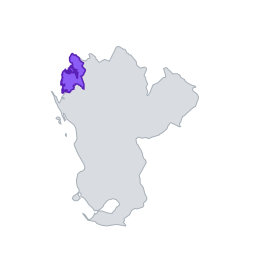 Delta Amacuro highlighted on a map of Venezuela, rotated 248°
{"feature_id": "VEN-65", "entity_name": "Delta Amacuro", "entity_type": "State", "adm_level": 1, "iso_a3": "VEN", "parent_name": "Venezuela", "parent_adm1": "", "projection": "orthographic", "projection_center": [-61.33, 8.902], "detail": "fine", "context": "in_parent", "style": "filled", "palette": "violet", "viewbox_px": 256, "rotation_deg": 248, "n_neighbors": 0, "source": "natural_earth", "source_scale": "10m", "svg_char_len": 8852}
<svg xmlns="http://www.w3.org/2000/svg" viewBox="0 0 256 256"><g transform="rotate(248 128 128)"><path d="M215.2,100.3L217.7,103.6L217.5,104.4L216.0,105.2L215.1,107.0L213.1,107.9L210.4,110.1L208.6,110.3L205.9,114.1L207.4,117.0L207.0,118.5L207.7,119.2L210.9,119.3L211.2,120.1L210.8,121.3L210.2,122.1L205.9,124.5L203.8,124.2L202.9,124.9L200.1,125.5L199.4,126.9L200.1,128.8L200.4,132.0L196.9,135.7L205.6,145.6L206.5,146.1L207.5,148.4L207.1,149.8L205.6,151.4L203.4,152.6L202.1,154.6L200.7,155.0L198.3,154.9L197.2,156.0L195.7,156.4L194.6,158.0L186.6,160.5L183.1,159.7L179.0,161.6L178.3,166.2L177.0,167.3L175.5,167.3L170.6,162.5L168.0,163.2L166.3,162.6L161.3,162.7L159.0,160.0L153.9,159.8L151.9,157.9L151.0,157.9L150.6,158.5L152.6,161.5L158.6,167.3L158.7,172.4L161.5,179.6L161.0,181.9L162.6,182.6L169.8,183.2L169.8,185.7L168.8,186.9L167.4,187.1L163.7,189.0L161.5,189.6L160.0,193.8L158.8,194.9L157.5,195.9L155.0,195.9L151.7,198.6L150.5,198.5L147.7,199.8L143.2,203.7L141.6,206.0L140.5,206.1L141.0,204.0L140.4,202.9L139.3,202.3L138.4,202.1L137.1,202.7L133.7,204.7L130.5,205.1L128.8,204.1L122.7,198.6L122.6,196.8L121.3,192.5L118.2,184.4L118.3,182.9L113.5,178.8L112.8,177.4L110.9,176.8L109.6,177.3L109.9,176.0L116.4,170.3L117.0,169.1L114.5,165.3L113.1,164.3L112.3,163.0L110.8,158.4L110.4,155.0L109.8,154.2L110.6,145.8L110.3,143.9L110.8,142.5L112.1,141.6L112.8,140.1L113.0,138.1L113.8,136.4L115.1,135.1L115.6,133.8L115.1,131.7L113.9,130.9L110.0,130.2L109.0,130.8L101.8,131.8L98.3,131.7L95.6,131.1L93.6,131.3L91.2,132.4L90.0,131.7L89.1,132.0L79.9,120.6L76.5,120.2L71.9,118.5L68.2,119.7L66.7,119.8L60.2,119.0L56.6,119.4L55.1,118.8L54.1,117.9L52.5,114.2L50.1,113.5L49.1,112.0L49.6,106.0L50.8,104.4L50.5,101.7L50.2,100.4L47.0,97.0L45.5,90.4L43.3,90.0L42.7,88.6L42.1,88.3L40.3,89.1L38.4,89.4L38.1,89.0L43.0,81.1L45.1,71.7L47.7,67.1L51.0,63.5L53.6,62.4L57.6,56.2L66.0,53.8L63.8,55.6L58.8,56.7L57.6,57.5L57.6,59.6L59.0,62.7L61.4,65.1L60.3,65.3L60.7,67.5L61.9,69.0L61.9,70.0L60.9,72.8L56.9,77.2L54.7,81.1L56.2,83.5L56.4,84.7L59.1,87.8L58.8,88.9L60.0,91.4L62.0,91.7L65.9,90.3L68.0,87.8L68.6,83.0L68.3,81.3L66.0,77.0L64.4,75.4L63.1,71.7L62.6,68.3L63.7,67.6L63.7,65.9L66.4,65.4L72.3,62.8L75.9,62.2L80.0,60.7L81.9,58.8L82.5,58.7L84.6,59.9L85.7,59.5L86.1,58.6L85.6,56.8L80.7,57.4L79.5,53.8L80.7,51.0L83.4,49.9L85.2,51.7L86.3,56.8L88.0,59.5L93.2,59.1L98.5,60.4L104.1,64.1L105.6,68.0L104.9,68.9L105.3,70.5L106.0,72.2L107.3,73.2L110.8,73.6L122.5,71.9L132.3,71.7L134.2,72.6L134.4,73.9L137.5,76.9L147.1,79.5L150.8,79.2L159.6,74.4L164.4,74.6L165.7,73.8L164.0,73.1L160.1,72.8L158.9,73.2L158.2,72.0L163.9,71.6L168.9,72.0L172.9,71.1L176.2,71.1L179.4,70.6L185.5,71.3L190.4,70.7L189.8,71.5L185.7,72.1L183.7,73.3L179.5,73.1L176.6,73.5L177.5,73.8L177.5,75.0L178.4,75.3L179.6,76.8L179.9,78.0L178.9,79.9L180.1,79.8L180.7,79.1L180.8,77.8L181.4,78.0L184.5,83.7L185.8,82.3L186.7,83.1L186.7,81.0L187.7,81.1L190.0,82.5L192.3,85.7L191.9,83.3L193.7,83.2L194.2,82.2L197.9,85.7L201.9,86.7L204.8,89.4L204.2,90.7L202.5,91.4L201.8,92.2L200.4,96.4L198.8,99.7L193.8,99.7L198.0,102.2L199.5,101.2L201.6,101.1L204.7,99.8L209.0,100.4L210.9,99.3L213.2,99.4L215.2,100.3ZM164.2,65.3L164.6,67.1L163.3,68.6L161.5,68.6L160.1,67.6L159.3,67.8L156.9,67.3L157.6,66.3L159.4,65.9L160.7,67.0L161.8,67.1L162.1,66.2L163.7,64.8L164.2,65.3ZM203.9,94.9L201.3,96.3L201.2,95.0L203.2,93.3L204.1,94.3L203.9,94.9ZM146.1,68.2L145.4,68.5L143.4,67.8L143.9,67.3L144.9,67.3L146.1,68.2ZM204.5,92.4L202.9,92.8L203.3,91.8L205.0,91.3L205.6,91.5L204.5,92.4Z" fill="#d9dde1" stroke="#a8b0b8" stroke-width="1"/><path d="M215.2,100.2L216.0,101.4L217.4,103.0L217.9,103.9L217.9,104.1L217.8,104.4L217.5,104.7L216.3,104.9L216.1,105.1L215.6,105.5L215.5,106.2L215.3,106.4L215.2,107.0L214.9,107.3L214.0,107.3L213.8,107.4L213.0,108.0L212.4,108.3L211.9,108.8L208.2,108.9L207.9,109.1L207.5,109.3L206.0,110.3L205.7,110.7L205.2,111.0L204.8,111.1L202.7,108.6L201.8,108.6L201.2,109.1L200.9,109.2L200.3,109.2L199.9,109.4L199.7,109.5L199.4,109.8L198.8,110.0L198.2,110.1L197.9,110.2L197.5,110.1L196.8,109.5L193.9,106.2L193.5,105.3L193.5,105.0L193.6,103.9L185.4,103.5L184.5,103.3L180.7,101.7L181.3,101.1L181.6,101.0L181.7,100.8L181.8,100.7L182.0,100.7L182.5,100.9L182.9,100.8L183.8,100.4L184.1,100.1L184.4,99.8L185.5,99.7L185.9,99.0L186.3,98.6L186.7,98.3L187.1,98.2L187.5,98.0L187.7,97.9L187.8,97.7L187.9,97.0L188.5,96.2L188.6,95.7L188.0,95.5L187.8,95.3L187.6,95.0L187.5,94.7L187.6,94.4L188.0,93.6L188.0,93.4L187.5,93.3L187.0,93.5L186.9,93.4L186.8,92.9L186.1,93.3L185.9,93.3L185.6,93.0L185.4,92.8L185.2,92.5L184.5,92.4L184.4,92.4L184.4,92.1L184.6,91.6L184.6,91.1L184.5,90.9L184.5,90.5L184.4,89.4L184.3,89.2L183.7,88.8L183.6,88.6L183.4,87.7L183.0,87.5L182.8,87.4L182.8,87.1L182.9,86.9L183.1,86.5L183.7,85.9L183.8,85.4L184.4,84.7L184.5,84.7L184.9,84.3L185.1,83.9L185.5,82.8L185.5,82.4L185.3,81.6L185.3,81.1L185.5,81.3L185.8,81.6L186.3,82.5L186.4,82.8L186.4,84.7L186.2,85.3L185.9,85.6L186.3,85.5L186.6,85.0L186.7,84.4L186.6,82.8L186.5,82.4L186.1,81.6L187.1,81.8L187.4,82.3L187.6,82.4L188.2,82.5L188.4,82.5L188.4,82.4L188.1,82.2L187.6,82.1L187.1,81.6L186.9,81.5L186.0,81.5L185.8,81.4L185.6,81.2L185.9,80.7L186.1,80.5L187.3,80.8L187.9,81.0L188.4,81.3L189.7,82.4L190.0,82.6L190.4,83.1L191.0,83.5L191.0,83.8L191.3,84.1L191.1,84.7L190.8,85.2L190.8,85.5L191.2,84.7L191.4,84.0L191.7,84.0L192.2,84.8L192.1,85.1L192.2,86.2L192.3,85.9L192.3,85.6L192.3,84.9L192.0,84.4L191.9,84.0L191.4,83.8L191.0,83.1L191.5,83.0L192.0,83.1L193.1,83.5L194.2,83.7L194.4,83.5L194.4,83.3L194.0,82.9L193.6,82.7L193.4,82.4L193.2,82.3L193.1,82.1L193.6,82.1L194.3,82.5L195.7,83.4L196.4,84.3L196.4,83.9L196.1,83.5L196.0,83.3L195.6,83.1L195.4,82.9L195.6,83.0L196.0,83.1L197.6,84.6L198.9,85.7L199.1,86.1L199.3,86.5L199.5,86.4L199.3,86.1L199.6,86.1L200.3,86.5L200.6,86.4L201.4,86.4L201.9,86.7L202.4,86.8L202.6,87.0L202.5,87.6L202.9,87.6L203.1,87.6L203.7,87.9L203.9,88.1L204.4,88.7L204.5,88.9L204.8,89.1L205.0,89.7L204.9,90.0L204.8,90.3L204.7,90.1L204.5,90.6L204.1,90.7L203.8,90.9L203.3,91.0L203.1,91.1L202.9,91.3L202.5,91.5L201.8,92.2L201.4,92.3L201.2,92.5L200.9,92.9L200.6,93.7L200.8,93.6L201.0,93.5L201.2,93.0L202.3,92.0L202.6,91.8L202.7,92.0L202.3,92.5L202.2,92.9L202.1,93.2L202.1,93.5L201.6,93.8L201.1,94.3L200.7,94.8L200.5,95.6L200.5,95.8L200.6,96.2L200.4,96.8L199.7,97.8L199.5,98.4L199.4,99.1L199.3,99.6L199.0,99.8L198.4,99.8L197.4,99.5L195.1,99.7L194.5,99.6L194.0,99.3L193.7,99.3L193.3,99.5L193.2,99.7L193.4,99.9L194.1,100.3L194.7,100.4L194.9,100.7L195.4,100.6L195.8,101.0L196.1,101.1L196.3,101.3L196.5,101.4L197.3,101.2L197.4,101.3L197.6,101.9L198.1,102.2L198.3,102.4L198.7,102.1L198.9,102.0L199.0,101.6L199.7,101.1L200.0,101.1L200.8,101.1L201.4,101.0L201.7,101.0L201.8,101.2L201.6,101.4L201.0,101.5L200.9,101.7L200.9,102.2L201.0,102.3L201.1,101.9L201.2,101.6L201.4,101.5L201.8,101.5L202.0,101.1L202.2,100.9L202.3,100.2L202.7,100.1L203.2,100.0L206.2,99.6L206.5,99.8L206.7,100.1L207.1,100.3L208.2,100.4L209.1,100.6L209.3,100.6L209.5,100.2L209.8,99.9L210.1,99.4L210.5,99.2L212.8,99.3L213.4,99.5L213.9,99.7L214.6,100.1L215.2,100.2ZM202.1,96.7L203.4,96.5L203.6,96.4L203.9,96.0L205.1,96.0L205.7,95.7L205.7,95.9L205.6,96.1L205.9,96.3L205.9,96.6L206.1,96.8L206.3,97.1L205.8,97.5L205.5,97.5L205.2,97.8L204.8,98.4L204.7,98.7L204.1,99.2L203.6,99.2L203.1,99.1L202.5,99.3L202.0,99.1L200.8,99.2L200.0,99.7L199.8,99.7L199.7,99.6L199.8,98.3L200.0,98.0L200.4,97.6L200.8,97.3L201.3,97.0L202.1,96.7ZM201.9,99.5L202.1,99.6L202.2,100.0L202.0,100.3L201.7,100.5L201.4,100.3L201.4,100.5L201.5,100.8L200.4,100.9L199.0,100.8L198.5,100.8L198.8,100.3L199.0,100.1L199.4,100.0L199.7,100.1L200.1,100.4L200.4,100.6L200.2,100.3L200.2,100.2L200.8,99.6L201.9,99.5ZM203.1,93.9L203.5,93.8L204.2,94.3L203.9,94.3L204.1,94.7L203.9,95.1L203.5,95.4L203.0,95.8L201.2,96.6L200.9,96.7L201.9,95.9L202.3,95.2L202.5,94.8L202.9,94.4L203.0,94.0L203.1,93.9ZM196.9,99.9L197.1,100.1L197.9,100.1L198.0,100.3L198.0,100.8L198.2,101.0L198.6,101.2L198.6,101.6L198.4,101.7L198.2,101.6L197.8,101.4L197.7,101.1L197.6,100.9L196.7,100.9L196.3,100.8L195.8,100.5L195.5,100.3L195.3,100.3L194.9,100.2L195.7,100.1L196.2,100.1L196.5,99.9L196.9,99.9ZM205.3,98.1L205.7,98.0L206.4,97.5L206.5,97.5L206.3,97.9L206.3,98.2L206.4,98.4L206.6,98.5L207.3,98.5L207.2,99.2L206.8,99.2L206.5,99.1L206.2,99.1L205.9,99.2L205.3,99.2L205.1,99.3L204.7,99.2L205.3,98.1ZM200.9,95.7L201.0,94.8L201.2,94.6L202.1,94.3L202.8,93.4L203.0,93.2L203.3,93.2L204.1,93.0L204.0,93.3L203.9,93.6L203.7,93.7L203.3,93.7L203.1,93.8L202.8,93.9L201.7,95.0L201.5,95.5L200.9,95.7ZM203.8,92.7L203.6,92.9L202.9,93.2L202.6,93.3L202.8,92.9L202.9,92.0L203.3,91.8L203.8,91.6L204.0,91.6L204.1,91.8L204.1,92.1L204.0,92.3L203.8,92.8L203.8,92.7ZM204.5,91.5L205.0,91.2L205.3,91.1L205.7,91.7L205.2,91.7L204.8,91.9L204.6,92.4L204.4,92.6L204.1,92.7L204.4,91.7L204.5,91.5ZM185.5,80.0L185.7,80.3L185.6,80.5L185.3,80.8L184.8,80.9L184.9,80.4L185.2,80.1L185.5,80.0Z" fill="#8b5cf6" stroke="#5b21b6" stroke-width="1.5"/></g></svg>